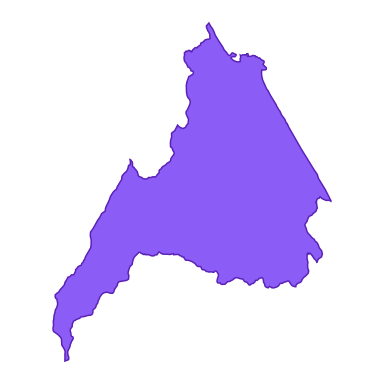 outline of Limon, Limón, Costa Rica
{"feature_id": "36466004B50274844038256", "entity_name": "Limon", "entity_type": "district", "adm_level": 2, "iso_a3": "CRI", "parent_name": "Costa Rica", "parent_adm1": "Limón", "projection": "equal_earth", "projection_center": [-83.21, 9.776], "detail": "fine", "context": "isolated", "style": "filled", "palette": "violet", "viewbox_px": 384, "rotation_deg": 0, "n_neighbors": 0, "source": "geoboundaries", "source_scale": "gbopen_adm2", "svg_char_len": 5914}
<svg xmlns="http://www.w3.org/2000/svg" viewBox="0 0 384 384"><path d="M330.9,201.3L331.0,200.9L325.4,189.8L318.5,178.5L317.2,174.3L314.2,170.0L301.3,149.1L288.7,127.1L287.2,123.6L286.8,123.6L286.1,122.5L284.8,119.3L281.6,115.0L280.0,111.3L279.0,110.1L276.7,106.2L276.2,104.8L270.0,94.6L268.2,90.9L266.6,88.9L262.7,80.1L261.7,75.8L261.5,73.0L261.7,70.0L264.0,70.0L265.7,69.7L266.2,69.4L266.3,68.6L266.3,67.8L263.0,64.5L264.2,62.2L263.8,60.9L262.4,60.2L262.0,60.3L261.4,60.3L261.9,60.3L259.6,57.9L258.4,58.1L256.9,56.7L255.6,56.7L255.4,55.9L252.8,55.4L251.2,56.3L247.8,56.3L248.2,55.3L248.2,54.6L247.8,53.6L246.7,53.8L246.0,55.2L245.2,54.7L242.5,54.9L241.2,55.6L240.3,55.1L240.7,57.2L240.1,58.9L240.3,60.6L239.9,61.8L236.7,61.8L233.5,60.5L231.2,58.4L231.1,57.4L232.4,56.7L235.0,56.7L236.0,55.5L236.1,54.6L233.0,53.0L232.1,52.9L230.0,55.5L228.8,55.3L228.0,54.6L226.4,52.3L224.3,50.1L222.5,46.6L218.3,40.3L215.2,35.1L214.1,32.0L212.4,28.5L210.8,26.5L208.9,23.0L206.4,25.9L206.4,26.9L207.8,30.8L208.8,32.1L209.8,34.7L210.0,38.5L208.4,39.3L207.5,39.2L205.1,39.9L203.1,42.0L200.8,43.1L200.4,45.0L198.0,46.6L196.9,47.8L195.2,47.6L194.4,48.3L192.8,49.8L191.7,51.8L191.1,51.8L190.8,51.1L190.3,51.3L189.8,50.5L188.4,50.4L187.5,51.4L186.5,51.5L186.1,51.1L184.3,53.1L184.6,54.5L184.0,57.6L184.4,60.9L186.6,63.9L187.9,67.0L189.1,67.5L190.3,68.7L191.1,70.9L193.0,71.3L193.3,72.1L193.3,73.5L192.2,74.8L191.1,75.1L190.4,75.9L188.9,76.5L186.9,82.0L186.3,85.2L186.5,92.4L187.1,95.7L188.0,97.7L189.6,99.4L190.3,101.9L189.9,104.1L187.3,110.1L186.3,111.2L186.0,112.6L186.3,114.3L188.5,119.3L188.1,123.3L186.1,126.0L185.6,127.3L183.1,128.5L180.4,127.6L178.5,126.2L177.6,125.1L174.7,130.8L172.1,132.6L171.5,133.6L171.7,136.8L170.7,140.1L170.4,142.6L170.5,146.5L170.8,147.1L172.0,147.8L172.9,150.5L174.1,152.2L174.1,154.0L171.1,158.2L170.5,160.7L169.8,161.7L166.7,163.5L166.0,164.7L163.1,166.4L161.8,167.4L161.4,168.6L159.6,169.8L159.1,170.6L159.2,172.7L158.2,173.5L155.6,177.0L153.3,176.7L150.2,177.6L148.7,177.4L148.2,177.7L147.7,178.6L146.2,179.0L143.3,178.7L141.2,177.2L139.3,176.7L138.6,175.9L138.1,174.9L137.3,171.6L136.4,170.8L135.9,169.7L134.6,168.5L134.0,167.4L132.7,166.6L132.5,165.6L132.5,163.1L132.3,162.2L130.7,159.9L130.0,159.6L130.4,161.6L130.2,164.7L128.6,165.4L127.9,168.5L126.6,171.3L125.1,172.5L122.5,175.3L121.9,176.6L121.7,179.4L117.7,186.0L117.1,187.1L116.6,188.9L116.1,189.7L115.4,189.9L113.3,192.0L110.6,196.1L109.1,200.4L106.1,206.6L105.4,208.8L105.2,211.1L101.8,213.4L99.6,217.7L97.9,219.9L93.2,228.4L90.5,232.1L90.3,235.8L91.3,240.6L91.1,241.7L91.2,243.8L90.7,247.8L86.3,255.3L85.3,257.3L84.9,258.8L83.7,260.6L83.0,262.3L81.9,263.3L81.1,265.3L79.2,266.0L77.7,267.0L76.9,268.4L75.7,269.5L75.3,271.8L73.8,274.6L73.3,274.8L71.4,274.9L69.8,276.7L67.9,277.2L67.0,279.2L65.1,282.1L64.4,284.7L63.7,285.8L59.9,290.0L58.8,292.0L57.0,293.2L55.2,294.9L55.1,296.0L55.3,297.2L55.6,298.2L56.6,298.8L56.9,299.2L57.7,304.1L56.7,307.7L55.4,309.8L54.9,312.6L54.1,315.4L53.7,319.9L53.3,320.7L53.5,325.6L53.0,328.1L53.1,329.9L53.6,331.5L58.0,334.6L60.4,337.1L61.4,338.7L61.8,345.1L63.9,348.4L65.2,351.4L64.9,354.8L65.0,356.3L64.9,361.0L68.3,359.8L68.7,359.3L68.8,357.6L67.9,354.7L67.7,352.6L67.8,351.1L69.9,346.8L70.3,344.7L71.6,341.4L73.2,338.8L73.0,337.1L71.3,336.0L71.1,335.3L70.7,332.2L70.2,331.2L70.2,330.0L70.5,329.0L72.1,326.8L72.4,324.0L73.3,321.5L73.7,321.0L75.3,320.3L76.5,319.4L79.7,318.3L81.0,316.9L83.9,316.6L88.0,315.4L90.7,315.1L91.8,314.7L92.7,313.3L93.0,310.0L95.6,307.5L96.4,304.9L97.7,303.1L98.2,300.8L99.0,299.4L99.8,297.2L101.9,294.2L103.7,292.9L105.8,292.3L107.5,292.3L110.4,293.2L112.5,293.3L113.6,292.2L114.7,289.1L117.1,285.7L117.7,283.3L118.9,281.7L126.5,280.4L128.5,279.2L128.9,275.5L128.2,273.9L128.1,272.3L129.1,268.8L130.3,265.9L131.2,265.5L132.0,264.7L132.0,264.9L133.0,260.1L134.2,257.1L139.0,252.3L140.2,252.4L141.0,253.2L143.7,254.5L144.3,254.5L144.9,254.0L145.8,254.7L148.9,254.7L151.1,255.7L152.3,255.9L154.0,255.8L155.1,254.9L157.0,254.8L158.5,252.5L159.2,251.9L161.0,253.3L163.0,254.2L167.3,254.2L169.9,254.5L173.4,253.7L173.6,254.7L177.9,254.4L178.9,254.7L179.5,255.5L181.2,256.0L182.0,256.8L183.9,257.2L184.3,258.5L185.7,260.2L188.6,260.3L192.1,261.6L195.1,263.6L196.4,265.3L197.4,266.2L198.4,266.5L200.1,266.5L200.9,267.0L201.9,269.2L202.4,269.7L204.6,269.9L206.3,271.5L207.9,271.6L209.0,272.1L210.5,271.8L213.6,272.3L214.4,271.9L215.0,271.0L215.9,271.0L216.7,271.5L218.5,274.4L218.3,276.3L217.4,278.7L217.0,281.0L217.1,281.9L217.8,282.9L220.1,283.0L220.8,283.9L221.6,284.4L225.1,284.2L227.3,281.8L229.5,281.5L232.4,280.0L234.7,278.2L236.0,277.7L237.3,277.7L240.2,278.7L242.8,279.1L244.3,281.2L245.2,281.9L247.0,282.3L248.8,284.7L249.9,285.1L252.0,283.5L253.0,283.5L254.0,282.8L254.9,281.8L255.5,280.4L257.2,280.3L259.4,278.4L261.6,277.7L262.7,278.2L263.3,279.7L263.5,282.0L264.6,284.1L265.1,286.2L266.5,287.4L268.3,287.8L269.1,286.7L269.6,286.4L272.0,287.8L273.9,287.9L276.9,286.9L278.5,285.9L280.2,283.3L282.4,283.3L283.3,282.6L285.3,281.8L286.6,281.6L287.4,281.0L288.8,281.1L291.7,285.3L292.2,285.7L294.8,286.7L295.8,286.7L296.0,285.3L296.4,284.5L298.2,283.1L300.4,282.4L301.4,281.3L302.3,279.2L303.7,277.5L305.6,276.0L308.2,273.3L308.7,270.7L307.7,268.0L307.6,264.4L307.9,262.5L307.0,258.1L307.1,255.0L307.7,253.0L308.0,253.0L308.4,253.8L308.9,254.2L309.7,253.3L310.3,253.3L311.6,255.0L312.3,255.5L312.5,256.3L313.8,257.9L314.1,258.7L315.9,260.2L316.8,262.3L317.2,262.1L317.6,260.4L318.7,258.8L321.5,256.9L322.4,254.0L321.7,250.9L319.2,247.7L318.2,244.7L316.8,242.3L315.1,241.2L314.3,239.4L311.9,237.6L309.6,234.8L308.5,233.8L307.1,231.8L306.0,227.8L305.0,225.7L304.9,224.4L307.1,221.2L307.9,218.6L309.2,216.2L311.7,215.3L313.0,213.7L316.1,211.1L316.4,209.7L317.3,208.1L316.7,204.9L316.6,203.0L315.8,202.8L315.7,202.2L316.7,201.0L316.7,200.2L317.4,198.8L319.1,198.2L320.0,196.8L322.1,198.6L326.0,200.4L329.4,200.3L330.9,201.3Z" fill="#8b5cf6" stroke="#5b21b6" stroke-width="1.5"/></svg>